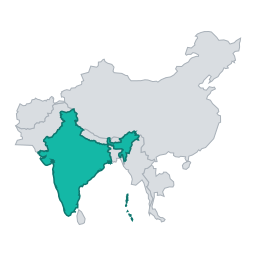 India highlighted, Albers equal-area conic projection
{"feature_id": "IND", "entity_name": "India", "entity_type": "country or territory", "adm_level": 0, "iso_a3": "IND", "parent_name": "Asia", "parent_adm1": "", "projection": "albers", "projection_center": [83.514, 21.122], "detail": "fine", "context": "with_neighbors", "style": "filled", "palette": "teal", "viewbox_px": 256, "rotation_deg": 0, "n_neighbors": 9, "source": "natural_earth", "source_scale": "50m", "svg_char_len": 12279}
<svg xmlns="http://www.w3.org/2000/svg" viewBox="0 0 256 256"><path d="M172.9,187.0L169.4,186.9L164.6,188.3L162.6,191.8L164.1,196.4L160.5,195.0L157.3,195.4L157.5,192.3L154.2,192.7L154.3,197.0L152.0,206.4L152.5,209.1L155.0,209.0L156.9,212.3L158.0,215.6L160.4,217.5L162.8,217.7L165.1,219.5L164.0,221.2L161.4,221.9L160.9,220.0L157.5,218.7L156.9,219.4L155.2,218.1L154.4,216.3L150.0,212.7L149.6,215.0L148.7,212.9L149.7,206.7L152.9,198.7L151.0,195.4L150.3,191.4L146.4,186.7L147.7,185.8L148.7,182.3L142.3,173.9L143.8,173.1L145.0,168.7L147.5,168.3L151.4,165.2L153.1,166.3L153.6,168.6L156.0,168.5L155.6,172.8L156.1,176.3L159.6,173.5L160.8,174.1L162.9,173.7L163.5,172.2L166.2,172.2L169.4,175.0L170.2,178.8L173.6,181.8L173.9,185.1L172.9,187.0Z" fill="#d9dde1" stroke="#a8b0b8" stroke-width="1"/><path d="M151.4,165.2L147.5,168.3L145.0,168.7L143.8,173.1L142.3,173.9L148.7,182.3L147.7,185.8L146.4,186.7L150.3,191.4L151.0,195.4L152.9,198.7L149.7,206.7L149.0,203.9L149.9,200.8L148.4,198.6L148.3,194.4L146.6,192.5L143.9,183.0L142.0,179.9L135.8,185.2L131.3,184.3L132.3,179.3L131.3,175.7L128.1,171.3L128.5,169.9L126.3,169.5L123.6,166.4L123.2,163.3L124.5,163.8L124.4,161.0L126.1,159.9L125.6,158.3L126.3,156.9L126.2,152.8L129.0,153.5L130.3,150.2L130.4,148.3L132.1,144.8L131.8,142.6L136.0,139.5L138.5,140.1L138.1,137.7L139.2,136.9L138.8,135.4L140.8,134.9L142.1,137.1L143.7,137.9L144.2,144.1L141.3,147.7L141.2,152.4L144.9,151.4L146.1,155.0L148.4,155.5L147.6,158.9L152.0,160.6L154.5,159.2L154.8,160.8L152.0,163.7L151.4,165.2Z" fill="#d9dde1" stroke="#a8b0b8" stroke-width="1"/><path d="M124.4,161.0L124.5,163.8L123.2,163.3L123.6,166.4L121.4,160.6L119.8,158.4L116.5,158.3L116.9,160.0L115.9,162.2L114.3,161.5L113.9,162.2L111.4,161.5L110.8,158.3L109.5,155.3L110.0,153.0L107.8,152.0L108.5,150.5L110.7,149.0L108.1,147.0L109.2,144.3L112.0,145.9L113.7,146.0L114.1,148.7L120.7,148.9L122.7,149.5L121.3,152.9L119.7,153.2L118.7,155.5L120.8,157.4L121.2,154.9L122.2,154.8L124.4,161.0Z" fill="#d9dde1" stroke="#a8b0b8" stroke-width="1"/><path d="M118.2,137.6L121.2,139.8L121.1,142.2L115.4,142.3L113.3,143.0L110.1,141.7L110.0,140.9L112.1,137.9L113.9,136.8L118.2,137.6Z" fill="#d9dde1" stroke="#a8b0b8" stroke-width="1"/><path d="M107.5,138.7L107.5,144.4L104.6,144.6L97.8,143.4L95.8,141.4L91.1,140.9L80.2,135.2L81.6,131.6L85.1,128.9L87.8,130.1L91.2,132.7L93.1,133.3L94.3,135.1L96.9,135.9L99.7,137.6L107.5,138.7Z" fill="#d9dde1" stroke="#a8b0b8" stroke-width="1"/><path d="M73.5,109.1L70.2,112.2L66.6,112.6L61.7,111.4L60.0,112.9L62.0,119.0L64.5,121.1L61.6,123.2L61.5,125.9L58.0,129.6L55.6,133.5L51.8,137.3L47.9,136.7L43.7,140.5L45.8,142.5L46.0,145.5L47.8,147.6L48.2,151.1L40.5,150.4L38.0,152.8L35.5,151.6L34.7,148.7L32.4,145.4L15.4,144.7L17.3,140.3L22.5,139.0L22.4,137.1L20.9,136.3L21.2,132.9L18.2,130.7L15.8,125.9L21.2,128.7L24.6,128.5L26.5,129.3L27.3,128.5L29.6,129.1L34.1,128.0L34.6,124.7L36.7,122.7L39.1,123.0L39.6,121.9L42.2,121.6L43.4,122.1L44.8,121.1L44.8,118.8L46.4,116.6L48.6,115.8L47.5,113.2L50.6,113.5L51.6,112.2L51.6,110.8L53.3,109.3L52.4,105.7L54.4,104.2L65.1,102.5L67.4,104.4L68.2,107.3L73.5,109.1Z" fill="#d9dde1" stroke="#a8b0b8" stroke-width="1"/><path d="M37.7,99.4L39.5,99.7L42.7,101.2L45.2,100.2L46.2,101.1L47.3,99.4L49.2,99.7L50.2,97.7L51.7,96.5L53.3,97.5L52.9,98.6L53.8,98.8L53.3,102.0L54.5,103.3L57.1,102.3L59.2,100.8L64.6,101.4L65.1,102.5L54.4,104.2L52.4,105.7L53.3,109.3L51.6,110.8L51.6,112.2L50.6,113.5L47.5,113.2L48.6,115.8L46.4,116.6L44.8,118.8L44.8,121.1L43.4,122.1L42.2,121.6L39.6,121.9L39.1,123.0L36.7,122.7L34.6,124.7L34.1,128.0L29.6,129.1L27.3,128.5L26.5,129.3L24.6,128.5L21.2,128.7L15.8,125.9L19.3,122.9L19.4,120.3L17.0,119.3L16.4,113.7L18.1,111.8L16.8,111.0L20.0,103.8L23.1,105.7L25.6,105.5L26.5,103.9L29.1,103.6L31.0,102.7L32.0,99.8L34.8,99.3L35.4,98.1L37.7,99.4Z" fill="#d9dde1" stroke="#a8b0b8" stroke-width="1"/><path d="M85.1,218.7L84.4,222.7L82.8,223.7L79.3,224.5L77.5,221.5L76.9,215.9L78.8,209.7L81.5,211.9L85.1,218.7Z" fill="#d9dde1" stroke="#a8b0b8" stroke-width="1"/><path d="M186.2,169.4L183.1,168.7L182.4,165.4L183.9,163.3L187.6,161.6L189.7,161.4L190.7,162.7L189.5,164.7L189.0,167.1L186.2,169.4ZM81.8,83.7L81.6,81.6L83.7,80.7L81.1,74.4L88.6,72.3L90.8,66.1L96.7,67.2L98.3,65.6L98.4,62.1L100.9,61.8L103.1,59.5L104.2,59.2L105.0,61.5L107.6,63.2L111.8,64.4L114.0,67.1L113.0,71.2L114.2,72.7L121.8,73.4L125.6,75.4L127.5,75.6L129.2,78.8L131.1,80.8L140.8,80.7L144.9,79.8L147.9,80.0L152.7,81.6L156.4,81.2L157.9,82.1L161.2,79.7L165.9,77.7L170.5,76.9L173.8,75.0L177.5,71.2L175.6,68.9L176.8,66.4L181.7,66.5L184.3,64.1L188.5,61.9L190.2,59.2L192.0,57.8L196.2,56.4L198.5,56.3L198.6,55.0L195.4,53.2L192.9,52.6L190.9,54.4L188.0,54.4L186.4,55.2L185.4,54.0L187.6,47.4L191.3,48.0L194.9,45.0L194.5,43.6L196.3,39.6L197.6,38.2L197.1,36.5L195.4,36.1L197.4,34.0L200.7,32.6L204.3,31.6L208.6,31.5L211.4,32.0L216.8,37.4L218.8,40.3L223.9,39.9L227.9,41.2L230.0,44.0L234.3,42.7L236.3,40.6L240.6,38.1L240.1,41.5L239.4,43.1L239.6,47.1L238.8,50.9L235.1,51.4L233.0,53.4L234.6,56.1L235.5,60.3L234.0,60.8L234.5,62.6L232.0,61.1L231.4,63.4L227.3,66.2L228.3,68.0L225.7,68.6L224.0,67.8L222.6,70.9L219.8,73.7L218.0,76.7L214.0,78.8L212.1,81.0L209.1,82.8L210.3,80.7L209.3,79.5L211.2,76.5L209.1,75.0L203.9,80.2L202.6,83.0L199.6,83.8L198.4,85.8L200.6,88.0L203.2,88.0L203.7,89.6L206.4,90.2L209.3,86.7L212.4,87.5L214.4,87.1L215.4,88.9L211.2,91.0L210.2,93.4L207.6,95.9L206.6,98.9L210.4,100.2L212.5,103.6L218.2,108.9L218.8,111.7L217.0,113.3L218.3,115.1L220.5,115.8L220.6,122.2L218.9,123.0L213.7,138.7L205.6,147.5L201.8,148.7L200.0,150.9L198.6,149.8L197.0,152.1L192.4,155.0L188.8,156.2L188.3,160.5L186.4,161.1L185.0,158.4L185.6,156.8L180.6,156.3L179.1,157.2L175.4,156.7L173.5,155.4L173.7,153.0L170.4,152.8L168.5,151.5L165.8,154.0L159.6,155.2L156.1,157.2L157.1,161.6L155.2,161.7L154.5,159.2L152.0,160.6L147.6,158.9L148.4,155.5L146.1,155.0L144.9,151.4L141.2,152.4L141.3,147.7L144.2,144.1L143.7,137.9L142.1,137.1L140.8,134.9L138.8,135.4L135.1,135.1L136.1,133.4L134.3,131.1L132.1,132.9L129.2,132.2L125.4,134.9L122.5,138.0L119.8,138.6L118.2,137.6L113.9,136.8L112.1,137.9L110.0,140.9L109.6,137.8L107.5,138.7L99.7,137.6L96.9,135.9L94.3,135.1L93.1,133.3L91.2,132.7L87.8,130.1L85.1,128.9L83.7,129.8L75.9,124.5L75.1,120.2L77.5,120.8L77.6,118.8L76.4,116.8L76.8,113.7L73.5,109.1L68.2,107.3L67.4,104.4L65.1,102.5L64.6,101.4L64.5,97.7L62.6,96.8L61.5,97.1L60.9,93.6L61.9,92.8L61.5,91.9L64.6,90.3L66.8,89.7L70.0,90.4L71.3,88.1L75.3,87.8L76.5,86.3L81.4,84.5L81.8,83.7Z" fill="#d9dde1" stroke="#a8b0b8" stroke-width="1"/><path d="M38.0,152.2L38.8,151.9L40.0,151.9L40.1,150.7L40.3,150.6L40.4,150.8L43.0,151.0L43.8,151.5L44.6,151.4L44.9,151.1L46.3,150.7L46.5,150.7L46.6,151.3L47.0,151.5L48.2,150.9L48.0,150.2L48.3,149.8L47.2,146.8L47.2,145.8L45.9,145.6L45.4,144.7L45.8,142.4L43.7,141.3L43.9,139.8L45.2,138.5L46.2,137.1L47.1,136.5L47.9,136.9L48.0,137.6L48.4,137.9L52.1,137.1L52.4,136.3L53.1,135.7L53.9,134.2L55.9,133.2L57.1,131.3L57.7,129.8L59.2,129.3L59.7,128.8L59.6,128.0L61.2,126.3L62.2,125.8L61.8,125.2L62.1,124.1L61.9,123.1L62.1,122.7L64.7,121.3L64.4,120.7L62.7,120.1L62.6,119.1L61.6,119.0L61.5,118.1L60.6,117.3L61.1,116.1L60.6,115.3L61.6,114.5L60.5,113.9L60.7,113.3L60.2,112.7L60.8,111.7L61.9,111.3L66.4,112.6L67.5,112.0L69.3,111.8L70.7,110.9L70.9,110.4L73.3,109.1L74.1,109.1L74.0,110.0L74.9,112.5L76.1,112.9L77.0,113.7L77.0,114.0L76.2,114.8L76.4,116.8L77.4,118.1L77.3,118.6L77.6,119.0L77.6,120.7L76.6,121.2L75.9,120.3L74.9,120.6L75.2,121.7L76.0,122.8L75.8,123.6L76.2,124.1L75.9,124.6L75.9,125.2L76.7,125.2L76.8,124.9L77.1,125.0L78.4,126.6L79.4,126.7L80.6,127.4L80.7,128.3L82.3,128.9L83.4,129.9L82.9,130.0L81.3,131.6L80.8,132.8L80.7,133.6L80.2,134.4L80.1,135.1L81.3,135.9L81.9,135.8L86.1,138.9L86.6,138.7L88.2,139.7L89.0,139.7L89.1,140.3L91.0,140.9L91.6,140.5L92.9,140.9L93.8,140.4L95.6,141.2L95.8,142.2L97.4,142.9L97.8,143.3L98.9,142.9L99.3,143.2L99.7,143.9L100.4,143.7L102.8,144.5L103.9,144.0L104.2,144.4L104.8,144.7L105.3,144.5L106.8,144.4L107.3,144.6L107.8,143.2L107.2,141.6L107.7,139.2L107.5,138.6L107.6,138.4L109.1,137.8L109.9,138.1L110.0,138.6L109.7,140.0L110.3,140.8L109.7,141.4L110.2,142.2L111.2,142.7L111.8,142.6L113.3,143.1L114.6,142.9L115.3,142.3L116.7,142.7L118.6,142.5L119.0,142.2L119.9,142.4L121.0,142.2L121.2,141.9L120.9,141.2L121.2,140.4L120.8,139.8L120.0,139.9L119.5,139.5L119.6,138.7L120.7,138.7L121.1,138.4L122.6,138.0L123.1,137.6L122.9,137.3L123.1,137.0L124.2,136.2L124.9,135.0L126.6,134.5L127.3,133.9L127.4,133.5L129.3,132.0L129.9,132.5L132.0,132.9L132.4,132.2L134.1,131.1L134.8,131.9L135.2,131.8L134.5,132.5L134.6,133.1L135.5,132.6L136.1,133.6L135.2,135.1L135.6,135.2L136.3,134.8L136.9,135.1L137.9,135.0L138.8,135.6L138.9,136.7L137.5,138.2L138.4,139.9L137.9,139.9L137.1,139.2L135.3,139.6L131.8,142.5L131.6,143.5L132.0,144.7L131.4,146.1L130.3,147.6L130.2,148.1L130.8,148.7L129.5,151.6L129.1,153.4L127.5,153.0L126.8,153.2L126.2,152.9L126.6,154.4L126.6,156.5L126.4,156.9L125.9,157.0L125.7,158.2L126.0,160.1L125.7,160.3L125.2,161.1L124.5,160.6L124.0,161.2L123.6,158.5L123.1,157.5L122.5,154.6L121.4,154.6L121.5,155.3L120.9,156.2L120.9,157.2L120.5,157.5L120.1,157.3L119.8,156.6L119.5,156.7L119.6,157.1L119.4,157.0L118.7,155.2L118.9,153.8L119.3,153.1L121.1,152.6L121.3,152.0L121.9,151.8L122.2,149.9L123.0,150.0L123.0,149.6L121.5,148.8L115.9,149.1L113.8,148.6L113.7,146.1L113.1,145.0L112.8,145.2L112.7,145.9L112.1,145.9L111.4,145.5L110.8,144.4L110.5,144.5L110.7,145.0L110.2,145.0L109.7,144.9L109.4,144.3L108.6,143.8L108.5,144.1L108.8,144.6L107.9,145.7L107.6,146.5L109.1,147.8L110.1,148.0L110.7,148.9L110.3,149.2L109.0,149.2L108.6,150.4L108.0,150.3L107.6,151.5L108.0,152.0L110.1,152.8L110.0,153.9L109.6,155.2L110.2,156.1L110.2,156.8L110.9,157.1L110.7,157.6L111.5,160.6L111.4,162.0L111.2,162.0L111.6,163.1L111.1,163.1L110.9,162.8L110.5,163.4L110.3,162.8L110.4,161.7L110.0,161.3L109.9,163.1L109.4,163.3L108.8,162.8L108.7,163.3L108.3,163.3L108.0,163.0L108.5,161.3L107.7,160.8L107.5,160.4L107.6,160.8L108.3,161.3L107.6,162.5L106.7,163.2L104.6,163.9L103.8,164.9L103.7,165.5L104.2,167.1L103.5,168.6L102.6,169.2L102.1,169.8L101.7,169.7L101.9,169.9L101.6,170.3L99.3,171.1L99.0,171.1L99.2,170.9L99.0,170.4L98.1,170.9L97.8,171.5L98.5,171.2L98.8,171.4L96.4,173.4L94.0,176.7L92.3,177.6L90.7,179.4L87.6,181.4L87.3,182.0L87.6,182.6L87.2,183.5L85.3,184.4L83.6,184.3L82.4,186.6L81.8,186.5L81.7,186.1L81.2,186.0L79.9,186.7L79.1,188.2L78.9,189.2L79.3,191.6L79.1,192.6L79.7,195.5L79.2,194.5L78.8,195.0L79.9,195.9L79.4,198.6L77.9,201.3L77.5,202.9L77.6,203.4L77.2,203.9L77.6,203.8L77.8,204.3L77.7,207.7L76.5,207.7L75.7,207.9L75.4,208.8L74.2,210.6L74.1,211.0L74.4,211.5L75.9,212.1L74.3,211.7L72.1,212.3L71.2,213.1L70.6,215.0L68.5,216.1L66.7,215.2L64.8,212.8L64.0,210.6L63.8,208.8L64.2,209.2L64.3,210.3L64.6,210.3L64.2,208.8L63.7,208.2L63.7,207.7L62.1,203.1L61.4,201.8L60.2,200.3L59.4,198.3L58.8,196.3L58.6,193.9L57.7,190.7L56.2,188.3L55.7,187.0L56.2,187.0L55.6,186.3L55.9,186.0L55.3,185.7L54.2,182.7L53.9,178.1L53.1,174.0L53.7,172.6L53.6,172.0L53.0,172.7L53.0,172.3L53.0,171.4L53.7,171.6L53.0,171.2L53.1,170.6L52.8,170.3L52.7,169.3L53.7,166.0L53.5,164.3L53.1,164.0L52.9,163.2L53.3,162.9L52.9,162.9L54.8,161.8L52.7,161.9L52.9,161.2L53.4,160.9L52.7,160.8L52.9,160.1L53.8,159.9L51.6,159.6L52.0,159.9L51.9,160.3L51.0,161.3L51.5,161.7L51.6,162.5L50.7,163.9L47.0,165.3L45.9,165.2L45.1,164.8L43.6,163.3L40.9,159.8L40.2,158.6L40.6,158.0L41.3,158.7L44.6,157.8L45.9,156.3L45.9,155.9L45.3,156.4L44.5,156.4L42.8,157.0L41.4,156.5L39.4,154.9L38.7,153.4L40.1,152.4L38.1,153.2L38.0,152.2ZM126.9,202.2L126.7,202.2L126.1,200.9L126.6,199.6L127.0,199.5L126.7,198.3L127.0,195.1L127.2,194.5L127.7,194.3L127.8,194.8L127.6,195.1L127.8,195.5L127.2,196.7L127.5,197.0L127.7,198.2L127.2,198.6L127.4,199.5L126.9,200.4L127.1,200.8L126.9,202.2ZM132.6,219.5L132.3,220.4L131.6,219.4L131.6,218.7L132.2,218.5L132.6,219.5ZM126.3,206.0L125.8,206.1L125.7,205.3L126.2,204.7L126.5,205.4L126.3,206.0ZM130.5,216.1L130.2,216.2L130.1,215.7L130.5,216.1ZM130.9,215.4L130.6,215.6L130.6,214.8L130.8,214.8L130.9,215.4ZM131.8,218.1L131.4,218.5L131.3,218.3L131.6,217.9L131.8,218.1ZM127.8,211.3L127.4,211.4L127.6,211.0L127.8,211.3ZM126.8,202.8L126.5,202.8L126.6,202.3L126.8,202.5L126.8,202.8ZM127.9,200.2L128.1,200.7L127.7,200.3L127.9,200.2ZM129.1,214.4L129.4,214.9L129.0,214.7L129.1,214.4ZM126.6,196.7L126.5,197.3L126.6,196.6L126.6,196.7Z" fill="#14b8a6" stroke="#0f766e" stroke-width="1.5"/></svg>